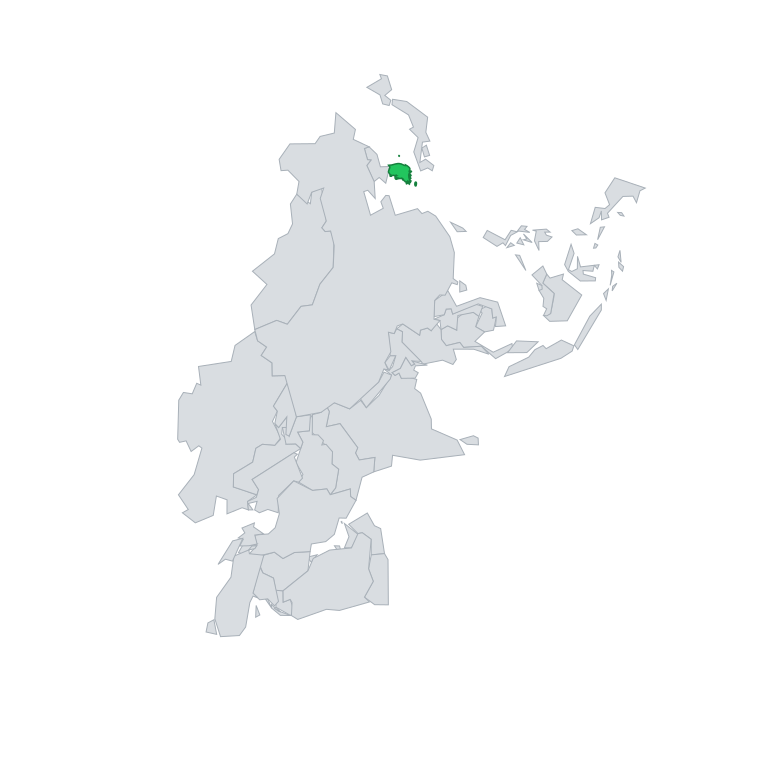 South Korea on a map of Asia (Mercator projection), rotated 289°
{"feature_id": "KOR", "entity_name": "South Korea", "entity_type": "country or territory", "adm_level": 0, "iso_a3": "KOR", "parent_name": "Asia", "parent_adm1": "", "projection": "mercator", "projection_center": [127.333, 35.912], "detail": "fine", "context": "in_parent", "style": "filled", "palette": "green", "viewbox_px": 768, "rotation_deg": 289, "n_neighbors": 45, "source": "natural_earth", "source_scale": "50m", "svg_char_len": 16059}
<svg xmlns="http://www.w3.org/2000/svg" viewBox="0 0 768 768"><g transform="rotate(289 384 384)"><path d="M391.5,244.7L383.7,250.4L380.7,261.0L371.0,258.6L367.5,271.3L355.3,275.7L359.7,287.5L356.7,293.0L327.1,286.7L323.6,292.0L312.3,290.7L299.8,304.0L290.4,300.8L287.4,288.7L281.5,283.8L267.4,285.3L250.2,271.0L237.6,275.1L237.8,299.9L228.5,293.2L220.8,296.8L220.8,290.1L210.1,277.8L223.4,273.3L223.5,262.0L204.2,265.3L191.3,250.8L196.6,235.3L201.6,239.8L212.3,225.7L236.5,234.0L264.1,232.7L265.3,229.0L257.4,223.6L265.8,215.4L262.3,209.7L264.6,206.9L301.9,195.2L310.7,197.1L312.3,205.9L323.7,206.7L323.3,211.2L340.2,202.9L355.6,232.2L372.0,230.6L391.5,244.7Z" fill="#d9dde1" stroke="#a8b0b8" stroke-width="1"/><path d="M237.8,299.9L237.6,275.1L250.2,271.0L267.4,285.3L281.5,283.8L287.4,288.7L290.4,300.8L298.0,304.1L311.2,293.6L308.5,298.5L321.4,302.8L315.2,307.4L309.4,306.9L309.8,302.1L303.2,303.6L299.3,311.3L295.2,311.0L298.6,319.9L295.9,326.2L250.8,290.4L243.3,299.8L237.8,299.9Z" fill="#d9dde1" stroke="#a8b0b8" stroke-width="1"/><path d="M654.1,535.1L654.3,567.2L650.0,563.1L637.6,563.7L642.7,558.3L639.1,548.8L618.2,539.7L614.9,542.5L610.0,536.2L618.4,533.2L611.2,533.2L602.8,527.0L619.8,526.2L621.9,535.9L627.0,538.9L636.7,530.7L654.1,535.1ZM575.6,566.1L573.0,572.3L568.3,572.8L570.8,568.1L575.6,566.1ZM620.9,556.2L620.4,552.5L622.3,549.1L623.4,552.9L620.9,556.2ZM540.9,502.1L538.2,506.5L546.4,517.9L540.6,518.5L532.5,542.0L503.4,536.7L497.2,520.3L500.7,512.5L504.9,518.6L521.0,516.4L525.0,515.4L531.1,501.3L540.9,502.1ZM590.0,539.0L602.6,537.5L604.4,541.3L590.0,539.0ZM585.0,540.9L581.6,540.0L580.6,537.9L585.6,537.7L585.0,540.9ZM590.2,511.7L593.9,516.8L591.0,526.8L587.5,517.4L590.2,511.7ZM555.7,515.9L577.0,515.4L569.4,521.2L552.2,521.2L551.5,524.9L555.9,529.3L567.7,525.4L558.7,531.7L566.8,548.5L562.3,548.3L564.6,544.2L558.6,544.8L556.1,535.2L552.8,536.7L553.4,549.5L550.3,550.2L545.3,536.1L550.5,521.6L555.7,515.9ZM555.1,571.4L546.3,569.4L550.8,568.4L555.1,571.4ZM550.9,565.7L561.1,563.9L565.5,562.1L564.8,564.9L550.9,565.7ZM541.0,562.1L547.0,565.2L535.4,566.8L541.0,562.1ZM483.0,551.3L515.2,556.5L530.3,563.5L524.7,565.4L479.7,556.0L483.0,551.3ZM470.2,525.8L483.3,537.4L481.9,551.1L476.4,551.2L466.0,543.0L430.3,495.5L441.1,496.6L456.5,512.1L465.6,515.5L472.2,521.8L470.2,525.8Z" fill="#d9dde1" stroke="#a8b0b8" stroke-width="1"/><path d="M576.2,568.6L580.4,563.8L587.2,563.6L576.2,568.6Z" fill="#d9dde1" stroke="#a8b0b8" stroke-width="1"/><path d="M139.1,349.4L135.0,357.6L134.7,371.1L131.5,361.3L135.6,350.5L139.1,349.4Z" fill="#d9dde1" stroke="#a8b0b8" stroke-width="1"/><path d="M143.0,344.0L135.7,350.5L142.2,341.6L143.0,344.0Z" fill="#d9dde1" stroke="#a8b0b8" stroke-width="1"/><path d="M137.8,354.5L134.7,360.5L136.0,353.7L137.8,354.5Z" fill="#d9dde1" stroke="#a8b0b8" stroke-width="1"/><path d="M137.8,354.5L153.7,348.8L155.6,355.9L144.9,359.7L149.8,365.4L140.3,372.8L134.7,371.1L137.8,354.5Z" fill="#d9dde1" stroke="#a8b0b8" stroke-width="1"/><path d="M216.3,399.9L228.2,400.6L239.2,392.0L233.1,409.3L218.4,406.6L216.3,399.9Z" fill="#d9dde1" stroke="#a8b0b8" stroke-width="1"/><path d="M212.5,397.2L212.2,393.3L214.9,389.8L216.4,394.7L212.5,397.2Z" fill="#d9dde1" stroke="#a8b0b8" stroke-width="1"/><path d="M195.3,367.9L200.8,376.4L191.8,373.3L195.3,367.9Z" fill="#d9dde1" stroke="#a8b0b8" stroke-width="1"/><path d="M155.6,355.9L153.7,348.8L164.5,342.7L165.9,331.0L173.2,324.7L183.0,326.1L189.3,335.1L186.1,345.3L195.5,354.1L201.5,368.7L182.6,372.9L155.6,355.9Z" fill="#d9dde1" stroke="#a8b0b8" stroke-width="1"/><path d="M234.1,408.1L239.9,396.3L256.6,410.2L246.9,421.1L246.2,427.9L223.8,439.7L218.3,427.6L233.0,422.4L236.3,411.9L234.1,408.1ZM240.3,388.8L238.3,390.1L239.7,388.3L240.3,388.8Z" fill="#d9dde1" stroke="#a8b0b8" stroke-width="1"/><path d="M466.0,462.2L468.0,452.0L483.0,453.7L485.2,450.2L490.7,455.5L490.1,461.5L481.8,465.3L484.0,468.4L470.5,470.0L466.0,462.2Z" fill="#d9dde1" stroke="#a8b0b8" stroke-width="1"/><path d="M478.9,451.7L468.0,452.0L466.0,462.2L453.9,456.1L449.6,476.9L463.9,491.8L459.0,494.4L444.3,481.3L451.4,463.7L444.5,447.4L448.0,442.1L440.5,430.4L444.8,423.9L454.0,420.2L459.7,425.2L458.6,435.2L469.1,431.1L476.5,435.7L480.8,445.2L478.9,451.7Z" fill="#d9dde1" stroke="#a8b0b8" stroke-width="1"/><path d="M489.5,452.1L478.9,451.7L480.8,445.2L472.8,431.5L458.6,435.2L459.7,425.2L454.0,420.2L462.2,416.2L461.5,410.2L469.1,418.4L475.1,418.4L477.0,423.0L472.5,426.2L489.2,443.4L489.5,452.1Z" fill="#d9dde1" stroke="#a8b0b8" stroke-width="1"/><path d="M454.0,420.2L444.8,423.9L440.5,430.4L448.0,442.1L444.5,447.4L451.4,463.7L446.3,473.5L446.1,457.5L439.5,438.2L430.7,444.4L424.9,442.8L425.6,431.6L415.7,414.7L429.5,387.3L439.4,384.5L440.3,378.0L446.9,382.2L441.7,401.8L446.8,400.9L451.1,406.9L449.7,411.3L459.0,412.7L454.0,420.2Z" fill="#d9dde1" stroke="#a8b0b8" stroke-width="1"/><path d="M474.6,470.7L484.0,468.4L481.8,465.3L490.1,461.5L490.4,447.0L472.5,426.2L477.0,423.0L475.1,418.4L469.1,418.4L464.0,409.4L479.5,404.7L492.8,414.2L481.1,427.3L496.9,446.7L498.4,464.8L478.6,480.1L474.6,470.7Z" fill="#d9dde1" stroke="#a8b0b8" stroke-width="1"/><path d="M603.4,292.7L598.8,302.6L588.2,309.9L591.5,318.6L574.4,320.3L577.7,312.2L572.2,308.8L576.2,304.7L585.0,296.6L591.5,298.8L590.7,295.4L600.3,288.8L603.4,292.7Z" fill="#d9dde1" stroke="#a8b0b8" stroke-width="1"/><path d="M393.4,244.1L415.4,232.6L440.0,240.9L447.8,222.9L471.4,238.1L487.1,236.7L494.9,244.2L505.6,245.4L523.7,236.9L535.1,239.7L530.5,255.7L541.8,253.2L550.2,260.6L519.3,276.4L511.5,274.4L509.0,278.8L511.3,283.7L504.4,289.6L477.7,298.0L457.5,290.9L435.5,290.5L430.4,280.3L409.0,273.1L409.2,261.8L393.4,244.1Z" fill="#d9dde1" stroke="#a8b0b8" stroke-width="1"/><path d="M440.3,378.0L439.4,384.5L429.5,387.3L417.5,411.7L414.9,403.2L412.8,406.7L410.1,403.9L416.1,396.0L404.0,394.4L397.4,388.0L395.7,391.7L399.2,394.6L395.0,398.6L398.1,400.0L399.0,413.5L389.6,414.5L387.3,421.6L366.2,440.1L357.0,443.5L354.8,471.4L343.4,483.2L323.8,443.0L319.4,415.3L308.8,417.8L297.6,402.9L311.6,399.3L304.1,385.3L309.5,379.5L315.2,379.9L332.2,355.3L324.8,343.3L340.1,341.3L344.9,336.2L350.1,343.2L349.3,359.6L360.9,367.2L355.9,375.0L371.6,383.0L394.9,388.2L398.2,379.0L398.7,384.4L403.2,386.5L414.4,385.9L412.7,380.7L434.4,371.3L435.0,377.2L440.3,378.0Z" fill="#d9dde1" stroke="#a8b0b8" stroke-width="1"/><path d="M414.9,403.2L416.0,418.9L411.4,407.8L406.8,407.6L405.8,412.7L399.7,411.6L395.0,398.6L399.2,394.6L395.7,391.7L397.4,388.0L404.0,394.4L416.1,396.0L410.1,403.9L412.8,406.7L414.9,403.2Z" fill="#d9dde1" stroke="#a8b0b8" stroke-width="1"/><path d="M412.7,380.7L414.4,385.9L398.7,384.4L404.5,377.8L412.7,380.7Z" fill="#d9dde1" stroke="#a8b0b8" stroke-width="1"/><path d="M395.2,380.1L394.9,388.2L390.8,388.3L355.9,375.0L362.9,365.9L384.0,378.3L395.2,380.1Z" fill="#d9dde1" stroke="#a8b0b8" stroke-width="1"/><path d="M344.9,336.2L340.1,341.3L324.8,343.3L332.2,355.3L315.2,379.9L309.5,379.5L304.1,385.3L311.6,399.3L297.6,402.9L288.7,393.6L264.9,395.4L266.7,389.1L273.8,386.3L261.8,369.2L270.0,372.1L288.6,368.9L291.5,360.8L303.1,357.4L315.5,330.1L331.7,326.3L336.8,333.8L344.9,336.2Z" fill="#d9dde1" stroke="#a8b0b8" stroke-width="1"/><path d="M280.8,326.4L302.6,326.2L310.4,317.9L315.5,328.7L322.4,324.1L331.7,326.3L312.7,332.7L314.4,338.3L310.8,345.2L306.1,345.0L308.1,348.9L303.1,357.4L291.5,360.8L288.6,368.9L270.0,372.1L261.8,369.2L266.2,364.1L260.1,351.1L263.4,335.3L272.1,336.8L280.8,326.4Z" fill="#d9dde1" stroke="#a8b0b8" stroke-width="1"/><path d="M295.9,326.2L298.6,319.9L295.2,311.0L309.8,302.1L311.5,306.8L303.9,311.3L324.5,311.9L330.9,324.5L315.5,328.7L310.4,317.9L302.6,326.2L295.9,326.2Z" fill="#d9dde1" stroke="#a8b0b8" stroke-width="1"/><path d="M311.2,293.6L323.6,292.0L327.1,286.7L356.7,293.0L324.5,311.9L303.9,311.3L304.3,307.7L321.4,302.8L308.5,298.5L311.2,293.6Z" fill="#d9dde1" stroke="#a8b0b8" stroke-width="1"/><path d="M220.8,296.8L228.5,293.2L235.3,300.2L243.3,299.8L250.8,290.4L289.6,321.1L289.4,324.9L285.7,323.0L268.4,337.6L263.4,335.3L263.0,330.2L244.4,320.7L227.8,325.9L227.6,315.0L221.7,308.1L222.8,302.7L231.7,302.2L226.8,294.5L222.3,301.0L220.8,296.8Z" fill="#d9dde1" stroke="#a8b0b8" stroke-width="1"/><path d="M201.5,368.7L195.5,354.1L186.1,345.3L189.3,335.1L180.3,321.1L179.7,312.0L189.7,316.3L199.1,311.0L204.6,323.5L212.7,327.9L227.3,327.3L241.0,320.2L263.0,330.2L260.1,351.1L266.2,364.1L261.8,369.2L273.8,386.3L266.7,389.1L264.9,395.4L244.8,391.9L242.7,385.2L225.7,386.0L216.0,380.2L209.1,367.4L201.5,368.7Z" fill="#d9dde1" stroke="#a8b0b8" stroke-width="1"/><path d="M138.6,352.7L143.0,344.0L139.5,336.7L143.6,328.2L171.1,325.7L165.9,331.0L164.5,342.7L144.1,355.0L138.6,352.7Z" fill="#d9dde1" stroke="#a8b0b8" stroke-width="1"/><path d="M191.4,316.1L177.5,306.7L177.1,301.3L186.8,303.1L191.4,316.1Z" fill="#d9dde1" stroke="#a8b0b8" stroke-width="1"/><path d="M183.0,326.1L143.6,328.2L140.7,334.3L140.8,329.2L133.7,328.3L109.2,332.3L99.1,329.2L91.9,311.7L106.9,300.5L127.8,295.2L151.5,302.2L172.4,298.1L183.1,310.2L179.7,312.0L183.0,326.1ZM91.6,296.5L100.8,295.3L105.7,299.9L92.8,307.3L91.6,296.5Z" fill="#d9dde1" stroke="#a8b0b8" stroke-width="1"/><path d="M364.2,485.4L363.5,490.6L357.2,493.1L354.0,482.1L356.2,474.0L364.2,485.4Z" fill="#d9dde1" stroke="#a8b0b8" stroke-width="1"/><path d="M499.8,431.7L495.6,425.7L506.2,422.0L504.0,429.2L499.8,431.7ZM324.5,311.9L359.7,287.5L355.3,275.7L367.5,271.3L371.0,258.6L380.7,261.0L383.7,250.4L393.4,244.1L409.2,261.8L409.0,273.1L430.4,280.3L435.5,290.5L457.5,290.9L477.7,298.0L498.6,291.9L511.3,283.7L509.0,278.8L511.5,274.4L519.3,276.4L538.7,263.3L549.7,263.2L541.8,253.2L529.2,252.7L535.1,239.7L547.8,237.7L554.9,223.5L552.2,217.2L562.3,211.7L580.4,216.9L588.8,240.6L597.3,243.0L605.1,255.3L624.9,250.2L615.4,274.1L605.3,275.3L603.4,292.7L600.3,288.8L590.7,295.4L591.5,298.8L585.0,296.6L572.2,308.8L556.5,315.3L561.9,305.6L559.3,302.2L539.2,316.3L549.9,326.1L555.3,321.7L562.9,324.3L563.7,327.5L547.2,339.7L560.7,358.6L557.5,364.4L561.6,369.2L559.6,378.2L544.7,398.3L531.2,407.7L506.2,415.1L504.5,420.6L501.8,420.9L501.7,415.1L487.9,412.9L486.3,407.7L479.5,404.7L461.5,410.2L462.2,416.2L449.7,411.3L451.1,406.9L446.8,400.9L441.7,401.8L446.9,382.2L443.2,377.6L435.0,377.2L434.4,371.3L416.7,380.0L404.5,377.8L398.6,383.3L398.2,379.0L384.0,378.3L349.3,359.6L350.1,343.2L336.8,333.8L324.5,311.9Z" fill="#d9dde1" stroke="#a8b0b8" stroke-width="1"/><path d="M558.6,394.3L557.1,407.7L555.0,412.0L551.8,403.6L558.6,394.3Z" fill="#d9dde1" stroke="#a8b0b8" stroke-width="1"/><path d="M191.0,296.3L197.9,300.9L201.6,296.6L210.5,306.7L206.4,307.2L203.1,318.9L199.1,311.0L191.4,316.1L187.1,309.0L183.9,300.3L191.4,301.5L191.0,296.3ZM189.7,316.3L186.3,315.5L183.1,310.2L187.7,311.7L189.7,316.3Z" fill="#d9dde1" stroke="#a8b0b8" stroke-width="1"/><path d="M159.4,285.8L186.4,292.0L192.1,300.7L167.2,298.4L166.7,291.1L159.4,285.8Z" fill="#d9dde1" stroke="#a8b0b8" stroke-width="1"/><path d="M557.5,462.1L552.9,455.8L558.8,457.8L557.5,462.1ZM566.0,478.0L565.7,468.8L567.7,471.8L571.3,467.0L566.0,478.0ZM577.8,474.3L583.3,487.1L581.7,491.6L579.9,486.5L577.6,489.1L577.7,495.0L572.0,492.1L569.0,483.9L560.7,487.1L568.4,479.6L578.1,478.2L577.8,474.3ZM549.8,470.4L537.5,481.2L548.9,466.3L549.8,470.4ZM562.8,431.6L559.8,451.5L570.7,454.2L571.3,460.5L565.7,455.4L554.4,453.8L556.2,450.5L550.9,446.0L554.8,430.1L562.8,431.6ZM561.1,470.9L560.5,463.7L566.6,465.2L561.1,470.9ZM578.3,462.4L579.6,467.9L575.9,466.6L574.8,472.5L572.2,460.4L578.3,462.4Z" fill="#d9dde1" stroke="#a8b0b8" stroke-width="1"/><path d="M453.8,490.6L467.9,495.3L474.1,516.0L460.2,508.8L453.8,490.6ZM540.9,502.1L531.1,501.3L525.0,515.4L504.9,518.6L501.5,515.8L500.7,512.5L508.1,513.3L509.1,509.1L517.0,507.2L522.9,500.2L528.5,501.2L535.3,488.4L547.3,495.8L540.9,502.1Z" fill="#d9dde1" stroke="#a8b0b8" stroke-width="1"/><path d="M529.0,495.6L528.5,501.2L525.2,502.7L522.9,500.2L529.0,495.6Z" fill="#d9dde1" stroke="#a8b0b8" stroke-width="1"/><path d="M658.5,313.5L650.5,338.4L635.6,341.6L628.6,348.3L625.2,341.6L605.1,345.8L610.1,350.1L606.8,360.0L601.3,360.2L602.5,355.0L597.4,349.3L613.1,336.6L628.1,336.0L633.2,325.2L636.5,328.2L646.4,319.6L650.7,300.6L656.0,299.4L658.5,313.5ZM671.8,282.2L675.3,279.3L676.4,286.9L664.8,295.4L657.1,290.8L654.5,298.1L649.0,298.2L648.4,291.6L656.0,286.1L658.9,271.2L671.8,282.2ZM611.9,348.3L619.4,343.0L623.6,346.3L615.0,352.7L611.9,348.3Z" fill="#d9dde1" stroke="#a8b0b8" stroke-width="1"/><path d="M218.3,427.6L223.8,439.7L219.2,445.0L176.6,460.0L172.3,447.0L176.1,434.9L193.9,438.1L204.2,429.6L218.3,427.6Z" fill="#d9dde1" stroke="#a8b0b8" stroke-width="1"/><path d="M134.9,371.9L147.4,368.2L149.8,365.4L144.9,359.7L155.6,355.9L182.6,372.9L196.1,373.9L209.3,386.7L218.4,406.6L234.1,408.1L236.3,411.9L233.0,422.4L204.2,429.6L193.9,438.1L176.1,434.9L173.2,441.2L155.4,415.6L152.2,402.9L133.3,379.1L134.9,371.9Z" fill="#d9dde1" stroke="#a8b0b8" stroke-width="1"/><path d="M133.0,335.2L125.2,341.8L121.7,338.6L133.0,335.2Z" fill="#d9dde1" stroke="#a8b0b8" stroke-width="1"/><path d="M583.8,322.3L584.0,322.2L584.0,321.4L584.4,321.1L585.0,320.3L585.3,319.8L585.6,319.4L586.0,319.2L586.4,319.0L587.0,319.0L588.2,319.0L588.4,319.0L589.2,318.9L589.4,319.0L590.0,319.1L590.7,319.0L591.0,318.9L591.3,318.7L591.6,318.3L591.9,317.7L592.2,317.1L592.3,317.0L593.5,319.8L594.7,321.6L595.6,322.9L597.0,325.4L597.4,326.7L597.5,327.6L597.7,328.7L597.5,329.3L597.6,330.3L597.5,330.8L597.3,331.2L597.3,332.0L597.4,332.4L597.4,332.9L597.5,333.1L597.9,333.0L598.2,332.9L598.1,333.5L597.8,335.1L597.4,336.2L597.0,337.2L596.4,338.1L595.8,338.5L595.3,338.6L594.4,338.6L593.6,338.5L593.0,338.6L592.7,338.8L592.5,339.1L592.7,339.6L592.7,340.0L592.4,339.9L591.8,339.7L591.2,339.7L590.7,339.1L590.4,339.1L589.9,339.4L589.1,339.5L588.8,339.6L588.7,339.9L588.8,340.1L589.2,340.5L589.1,340.9L588.7,341.1L588.4,340.6L588.2,340.2L587.9,340.1L587.6,340.3L587.5,340.7L587.7,341.1L587.9,341.4L587.6,341.9L587.5,342.2L587.2,342.4L586.4,341.9L586.5,341.6L586.9,341.2L586.9,340.9L586.8,340.7L585.7,341.5L585.1,342.5L584.7,342.5L584.6,342.2L584.4,342.1L583.7,342.8L583.6,343.3L583.3,343.3L583.2,343.1L583.2,342.6L583.1,342.2L582.3,341.7L582.0,341.2L582.2,340.9L582.8,341.0L583.3,341.0L583.2,340.8L583.0,340.7L583.3,340.5L583.6,340.3L583.4,340.2L583.0,340.3L582.8,340.3L582.6,339.6L582.3,338.9L582.1,338.3L582.5,337.9L582.6,337.3L583.0,336.5L583.1,336.2L583.5,336.0L583.7,335.8L583.5,335.7L583.1,335.6L583.1,335.3L583.4,335.2L583.6,334.9L584.2,334.6L584.4,334.0L584.2,333.8L583.9,333.7L583.9,333.3L584.1,333.1L583.6,332.6L583.3,332.2L583.4,331.8L583.4,331.1L583.4,330.6L583.4,330.3L583.2,329.6L583.1,329.0L582.8,329.1L582.6,329.2L581.8,329.0L581.6,329.0L581.5,328.5L581.8,327.9L582.4,327.4L582.8,327.3L583.1,327.1L583.5,327.0L584.1,327.3L584.5,327.4L584.8,328.0L585.0,328.2L585.0,327.9L585.4,327.7L585.5,327.5L585.4,327.4L585.0,327.2L584.6,326.5L584.5,326.1L584.4,325.9L584.6,325.3L584.1,324.6L583.9,324.3L583.9,323.7L583.7,323.3L583.5,323.1L583.5,322.7L583.7,322.4L583.8,322.3ZM582.3,349.7L582.1,349.8L581.9,349.8L581.8,349.7L581.6,349.4L581.5,349.2L581.7,348.9L582.4,348.3L584.1,347.8L584.4,347.8L585.1,348.0L585.3,348.4L585.1,348.8L585.0,349.0L584.2,349.4L583.5,349.6L582.3,349.7ZM594.1,340.4L593.7,340.8L593.0,340.3L592.9,340.0L593.4,339.6L593.8,339.2L594.0,339.1L594.1,340.4ZM590.8,340.4L590.8,340.9L590.4,341.0L590.2,340.6L590.0,340.8L589.9,340.8L589.7,340.3L589.7,340.0L590.1,339.7L590.3,339.8L590.7,339.9L590.8,340.4ZM581.8,343.0L581.5,343.0L581.4,342.8L581.2,342.8L581.3,342.5L581.8,342.0L581.9,341.8L582.4,341.9L582.6,342.2L582.3,342.6L581.8,343.0ZM583.2,322.6L583.2,323.4L582.8,323.3L582.7,323.1L582.5,322.3L582.7,322.0L583.1,322.3L583.2,322.6ZM581.5,340.8L581.5,341.0L581.3,340.9L581.0,340.5L581.0,340.2L580.7,340.0L581.1,339.7L581.5,340.2L581.5,340.8ZM582.7,330.2L582.7,330.6L582.3,330.3L582.3,329.5L582.6,329.7L582.7,330.2ZM604.8,324.2L604.5,324.3L604.3,324.2L604.4,323.8L604.7,323.7L604.9,323.8L604.8,324.2ZM584.4,343.1L584.5,343.4L584.1,343.3L583.9,343.1L583.9,342.8L584.1,342.8L584.4,343.1ZM589.5,341.5L589.2,341.4L589.4,341.1L589.5,341.5Z" fill="#22c55e" stroke="#15803d" stroke-width="1.5"/></g></svg>